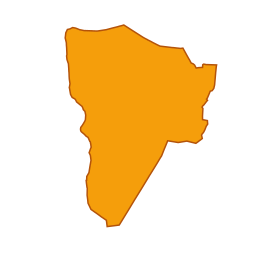 Zabid, Al Hudaydah, Yemen, rotated 280°
{"feature_id": "15242507B385493666548", "entity_name": "Zabid", "entity_type": "district", "adm_level": 2, "iso_a3": "YEM", "parent_name": "Yemen", "parent_adm1": "Al Hudaydah", "projection": "equal_earth", "projection_center": [43.361, 14.273], "detail": "fine", "context": "isolated", "style": "filled", "palette": "amber", "viewbox_px": 256, "rotation_deg": 280, "n_neighbors": 0, "source": "geoboundaries", "source_scale": "gbopen_adm2", "svg_char_len": 2694}
<svg xmlns="http://www.w3.org/2000/svg" viewBox="0 0 256 256"><g transform="rotate(280 128 128)"><path d="M27.3,124.6L29.9,133.1L30.9,136.2L49.4,143.5L58.5,147.0L70.5,151.8L81.0,155.9L83.3,156.8L85.2,157.5L85.8,157.8L97.6,162.5L104.2,165.0L106.3,165.9L113.7,167.4L115.8,167.9L122.3,169.3L122.4,177.1L122.4,179.9L125.3,188.2L124.7,197.5L124.8,197.6L126.4,199.2L127.2,199.9L128.9,201.5L129.8,202.3L130.5,203.0L133.7,201.7L134.9,202.0L136.7,203.1L139.2,203.9L141.0,204.3L143.2,204.7L145.7,205.8L147.5,205.3L149.1,204.9L149.2,200.0L152.6,199.3L157.6,198.7L160.2,198.4L161.4,197.3L162.6,197.7L163.9,198.7L164.1,198.8L166.8,200.2L168.1,200.9L169.1,201.5L170.1,200.3L171.1,200.9L174.9,201.8L178.5,202.6L179.4,204.4L181.8,205.6L185.2,205.8L185.5,205.8L189.0,205.5L191.3,205.3L196.9,204.8L197.8,204.7L199.5,204.6L203.5,204.3L205.5,204.3L204.2,195.1L204.0,193.8L204.1,192.5L204.0,191.3L203.2,190.6L200.6,190.9L200.5,190.3L200.2,189.1L199.7,187.0L199.5,186.5L198.9,184.7L201.6,182.6L202.6,180.8L202.9,179.1L203.0,178.9L204.9,177.4L205.9,176.6L206.6,176.0L206.8,175.8L209.6,173.5L216.2,168.2L215.5,166.0L215.2,161.6L215.0,158.3L214.9,157.8L214.8,156.4L214.8,156.0L214.2,145.4L214.4,144.5L214.7,143.6L214.8,143.1L216.5,137.5L217.0,136.1L217.6,134.2L218.3,131.8L218.5,131.5L219.0,129.7L219.9,127.1L228.7,106.0L227.5,103.6L226.8,101.9L226.5,101.3L226.2,100.8L225.3,98.8L223.7,95.2L221.0,89.4L218.4,81.7L218.3,81.3L218.2,81.0L218.1,80.7L217.5,76.4L217.5,76.2L216.4,68.5L216.3,68.1L216.4,64.8L216.4,64.1L216.4,63.8L216.4,63.4L217.1,60.1L217.3,58.9L217.3,58.2L217.3,57.5L217.3,57.4L217.3,56.0L215.5,53.6L215.4,53.4L214.5,51.2L210.9,50.2L208.1,50.4L205.8,50.5L201.7,52.3L200.7,52.6L198.7,53.0L198.4,53.1L196.1,53.7L194.2,54.1L192.5,54.5L189.8,55.1L188.3,55.0L184.9,56.0L181.9,57.6L181.1,58.1L175.6,59.5L175.3,59.5L175.1,59.6L172.9,60.1L172.7,60.2L170.9,60.6L168.5,61.1L166.0,61.7L163.3,62.6L161.5,63.2L159.7,63.2L157.4,63.2L157.2,63.4L155.8,63.9L151.1,65.6L149.9,66.5L148.4,67.7L147.4,70.6L146.4,71.7L145.4,72.4L144.8,72.8L141.3,79.0L141.2,79.1L139.7,80.1L138.5,80.9L138.3,80.8L136.9,82.7L133.4,84.1L128.9,84.6L128.0,84.5L126.4,84.0L123.5,82.9L121.3,81.9L120.5,81.4L118.7,81.4L117.1,81.9L116.2,82.7L114.1,86.3L112.7,88.1L111.8,90.3L108.2,92.7L107.8,93.3L106.6,93.7L106.1,93.9L106.0,94.0L103.1,94.9L102.8,95.1L101.6,94.8L98.0,94.2L96.9,94.0L96.5,94.3L94.7,95.6L94.1,95.8L93.9,95.9L90.0,97.1L89.7,97.2L86.5,97.2L86.3,97.2L83.7,97.2L77.3,97.3L75.0,96.5L74.5,96.3L73.1,95.8L72.6,95.9L69.3,96.3L69.1,95.9L66.3,96.7L64.7,97.2L62.2,98.0L61.9,98.3L54.7,99.4L49.9,100.9L47.0,101.7L41.4,105.7L41.3,105.9L36.8,115.4L36.1,116.7L33.4,122.7L30.9,123.5L27.3,124.6Z" fill="#f59e0b" stroke="#b45309" stroke-width="1.5"/></g></svg>